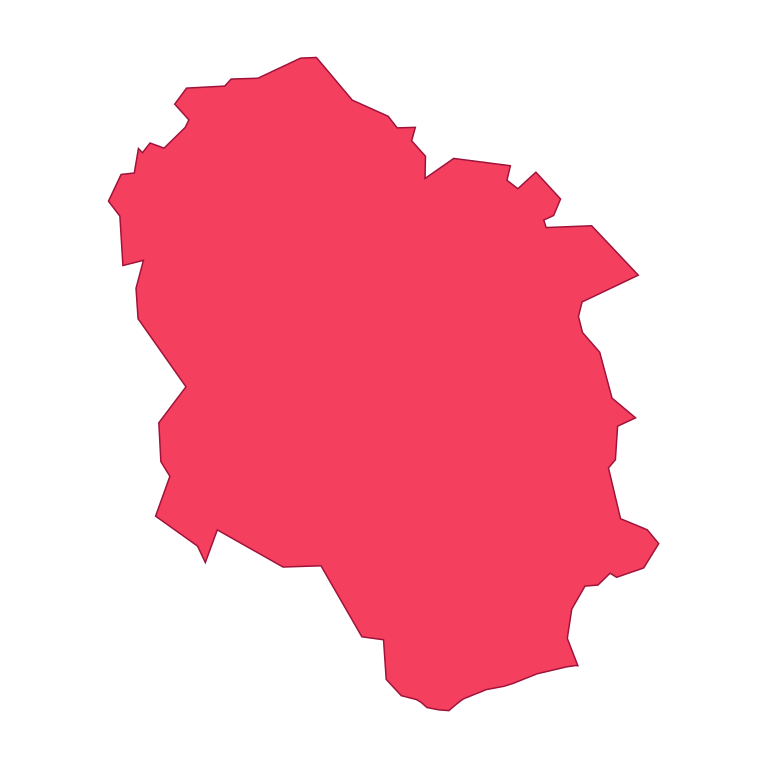 outline of Rankovtse, Rankovce, North Macedonia, rotated 178°
{"feature_id": "65306769B9482621128818", "entity_name": "Rankovtse", "entity_type": "district", "adm_level": 2, "iso_a3": "MKD", "parent_name": "North Macedonia", "parent_adm1": "Rankovce", "projection": "robinson", "projection_center": [22.13, 42.211], "detail": "fine", "context": "isolated", "style": "filled", "palette": "rose", "viewbox_px": 768, "rotation_deg": 178, "n_neighbors": 0, "source": "geoboundaries", "source_scale": "gbopen_adm2", "svg_char_len": 1210}
<svg xmlns="http://www.w3.org/2000/svg" viewBox="0 0 768 768"><g transform="rotate(178 384 384)"><path d="M621.2,627.9L626.2,603.6L639.4,602.6L653.0,576.3L642.1,561.0L640.8,511.5L620.1,516.0L628.5,488.3L627.5,457.8L582.0,388.1L610.4,353.1L609.7,314.2L601.2,299.2L616.9,259.9L576.0,228.5L568.8,211.8L555.7,244.0L491.3,204.6L453.3,204.5L414.9,132.1L393.4,128.4L392.1,88.7L377.6,71.9L362.6,67.5L358.1,64.6L352.4,59.2L340.5,56.4L330.5,55.3L324.5,60.2L319.3,64.1L315.5,66.6L292.5,75.0L274.7,77.7L265.6,80.2L241.3,89.0L212.3,94.8L202.9,95.9L200.1,95.7L209.7,123.4L204.2,152.5L190.2,175.0L177.2,175.6L164.7,187.0L158.3,182.7L130.9,191.1L115.0,214.9L126.0,229.1L152.3,241.1L162.6,292.3L155.4,300.2L152.0,333.7L133.8,341.4L156.6,361.9L167.3,408.2L183.8,428.5L187.3,444.7L183.2,459.1L126.1,483.9L171.0,534.9L216.5,534.7L218.6,542.3L208.6,546.5L201.1,562.7L224.8,590.4L243.4,574.5L254.0,583.3L250.1,597.7L306.5,607.0L335.8,588.0L334.6,610.2L347.9,626.1L343.7,639.4L361.9,639.5L370.5,651.4L405.8,668.8L440.2,712.7L456.0,712.6L499.4,694.0L526.1,694.1L532.8,687.3L571.0,686.6L583.4,671.0L569.8,654.8L573.7,647.4L595.6,627.4L609.4,633.0L617.3,623.6L621.2,627.9Z" fill="#f43f5e" stroke="#9f1239" stroke-width="1.5"/></g></svg>